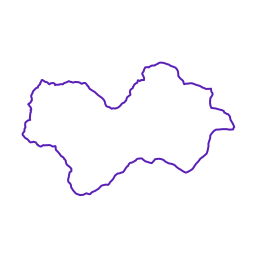 outline of Serthig, Samdrup Jongkhar, Bhutan, rotated 352°
{"feature_id": "84629894B58083807854661", "entity_name": "Serthig", "entity_type": "district", "adm_level": 2, "iso_a3": "BTN", "parent_name": "Bhutan", "parent_adm1": "Samdrup Jongkhar", "projection": "robinson", "projection_center": [91.922, 27.007], "detail": "fine", "context": "isolated", "style": "outline", "palette": "violet", "viewbox_px": 256, "rotation_deg": 352, "n_neighbors": 0, "source": "geoboundaries", "source_scale": "gbopen_adm2", "svg_char_len": 5697}
<svg xmlns="http://www.w3.org/2000/svg" viewBox="0 0 256 256"><g transform="rotate(352 128 128)"><path d="M231.8,144.0L232.4,142.9L233.3,141.8L232.9,139.8L232.2,137.7L231.4,136.0L231.2,135.2L230.7,134.3L230.6,133.2L230.5,130.8L229.2,128.4L228.0,127.9L227.4,127.5L226.4,126.6L225.5,126.1L225.2,124.6L223.6,123.4L221.5,122.6L219.8,121.9L217.9,121.0L215.9,120.4L213.4,119.7L213.1,119.1L213.0,118.1L212.8,117.5L212.7,115.1L213.0,112.7L213.9,109.6L215.1,108.4L216.3,106.9L216.5,106.0L216.4,105.1L215.8,104.1L215.6,103.1L215.6,100.7L210.8,100.2L208.5,98.8L207.3,98.2L205.0,96.3L201.6,94.8L198.4,93.0L197.4,92.6L196.4,92.4L193.4,92.4L191.5,92.2L189.8,92.4L189.4,91.5L189.4,90.6L189.0,88.8L186.5,86.0L185.8,84.6L185.1,83.7L185.4,79.7L185.2,78.2L184.5,76.5L184.0,75.8L183.5,74.9L181.1,73.5L178.9,72.4L177.3,70.9L175.2,70.0L173.4,69.0L172.0,68.4L169.8,67.8L167.9,67.8L166.2,68.6L162.6,69.8L160.4,69.5L158.5,70.1L157.4,70.5L157.2,70.8L156.7,70.8L156.0,70.5L155.5,70.4L153.6,70.4L153.3,70.6L152.0,72.5L151.3,74.2L151.1,74.4L150.2,75.2L149.8,75.8L149.7,76.2L149.7,76.9L150.0,77.4L150.1,78.0L150.2,78.3L150.5,79.1L150.9,80.8L150.7,81.6L150.5,82.2L150.5,82.6L149.8,82.7L148.6,82.4L147.7,82.3L147.1,82.8L146.4,83.0L146.0,83.0L145.6,82.8L145.2,82.4L144.8,82.2L144.5,82.2L144.2,82.6L143.5,84.4L143.1,84.6L142.2,84.8L141.7,85.0L141.2,85.5L140.8,85.6L140.3,85.9L139.8,86.6L139.4,87.3L138.9,87.8L138.7,87.9L138.6,88.4L138.5,88.8L138.2,89.1L137.6,89.5L136.7,89.9L135.8,90.6L135.1,91.8L134.9,92.4L134.9,93.0L135.0,93.7L135.0,95.4L134.5,95.8L133.4,96.3L131.6,97.4L131.3,97.6L130.7,98.6L130.3,99.9L129.9,100.6L129.0,101.1L128.1,102.1L126.9,102.5L126.0,102.7L125.2,103.2L124.1,104.3L122.7,105.4L121.3,106.2L119.7,106.7L118.4,106.9L117.7,106.9L116.2,106.4L114.5,106.6L113.5,105.7L112.3,104.6L111.5,104.4L110.4,103.9L109.6,103.3L108.9,101.2L108.6,98.5L108.3,97.4L107.6,96.2L107.0,95.3L106.1,94.2L104.4,92.7L102.8,91.1L100.0,87.6L99.1,87.0L98.1,86.1L97.3,85.5L96.5,84.7L95.6,84.1L95.4,83.4L94.9,82.8L94.7,82.1L94.6,81.5L94.5,81.1L94.1,80.9L93.7,80.5L93.4,79.9L93.0,78.9L92.4,78.1L92.0,77.6L90.9,77.3L89.8,77.3L88.7,77.8L88.1,77.7L87.0,76.8L86.6,76.3L86.1,76.2L85.0,75.6L84.2,75.6L83.5,75.3L82.3,75.1L81.4,75.1L80.2,75.4L79.2,75.1L78.4,74.5L77.4,74.3L76.0,73.4L73.8,74.1L71.8,74.5L70.6,74.8L69.7,75.6L69.4,75.6L69.0,75.4L68.1,75.3L66.8,75.3L66.2,75.4L64.3,75.4L63.8,75.3L62.5,75.1L62.0,75.3L61.8,75.3L61.6,74.2L61.4,73.8L60.7,73.3L59.9,73.0L57.5,73.0L56.7,73.5L56.2,73.7L55.9,73.5L55.3,72.9L54.9,72.1L54.0,71.3L53.3,71.0L52.6,70.9L51.9,70.3L51.3,69.7L50.6,69.1L49.6,68.5L49.1,68.7L48.8,69.4L48.4,70.0L47.2,71.4L47.2,72.1L47.0,72.5L46.4,72.9L45.6,73.3L44.9,74.1L44.5,74.9L44.3,75.4L43.2,75.5L42.8,75.6L41.9,76.2L40.7,77.1L40.0,77.7L39.2,78.4L38.9,78.9L38.6,79.3L38.3,80.2L37.3,81.4L37.0,82.0L36.5,82.8L36.6,83.8L36.8,85.0L36.9,85.7L36.6,86.7L36.7,87.2L35.8,88.0L35.4,88.8L35.0,89.2L34.6,89.5L34.0,89.7L33.0,90.2L32.6,90.7L33.1,91.3L33.5,92.5L34.1,93.5L34.6,94.2L34.7,95.0L34.8,96.1L34.0,96.6L34.0,97.3L34.2,97.7L34.1,98.6L33.6,99.2L33.3,100.1L33.0,101.1L32.8,102.1L32.4,103.7L32.2,104.4L32.2,106.3L30.8,106.5L29.7,106.7L28.8,107.3L27.9,107.8L27.3,108.2L26.9,109.0L26.7,110.1L26.5,111.2L26.5,113.1L25.5,114.3L24.9,116.9L24.2,117.6L23.6,118.1L23.0,118.8L22.7,119.8L23.0,120.7L23.7,121.6L24.4,123.0L25.3,124.0L26.1,124.5L27.0,125.3L27.8,126.5L28.3,127.2L28.3,127.5L28.8,128.1L29.6,128.7L30.4,128.6L31.6,128.7L32.5,128.4L34.7,129.5L34.9,129.8L35.3,130.5L35.6,131.5L36.0,132.0L36.5,132.2L36.8,132.9L38.5,134.0L39.2,134.2L39.9,133.9L40.4,133.9L41.0,133.4L42.0,133.2L42.4,133.4L43.0,133.6L43.9,133.6L44.8,133.6L45.9,133.9L46.7,133.8L48.1,134.1L48.7,134.3L49.6,134.9L50.6,135.7L51.2,135.9L52.7,135.9L53.4,135.8L53.7,136.2L53.6,138.0L53.5,139.4L54.0,140.3L54.6,140.8L55.3,142.0L55.6,142.4L56.0,143.1L56.6,143.9L57.5,145.9L57.9,146.5L58.4,147.0L59.2,147.4L59.7,147.9L60.3,148.9L60.3,149.5L61.1,150.3L61.3,150.7L61.8,151.9L61.7,153.1L61.8,154.1L62.2,155.4L62.5,156.0L63.5,157.0L63.8,157.5L64.4,157.8L64.7,158.2L65.8,159.8L66.1,160.1L66.2,160.6L66.1,161.1L66.0,162.2L66.0,162.7L65.6,163.0L64.6,163.4L64.0,164.1L63.6,164.7L63.5,165.4L63.1,166.4L62.8,167.3L62.5,168.5L62.2,169.1L61.9,169.6L61.7,170.3L61.5,170.8L61.4,172.6L61.6,173.2L62.5,174.4L62.9,174.7L63.1,175.4L63.4,176.0L63.5,176.7L63.5,178.9L63.9,179.7L64.9,182.0L65.6,183.1L66.2,184.0L66.7,184.9L67.7,185.9L68.5,186.4L69.7,186.9L70.8,187.7L71.4,187.8L72.6,187.8L73.7,187.9L74.3,188.0L75.0,187.8L76.3,187.2L77.7,186.9L78.8,187.4L80.0,188.0L80.6,188.2L81.2,188.2L82.3,187.5L82.6,187.0L84.5,186.2L85.4,186.1L86.6,185.7L89.6,184.4L90.6,183.9L93.4,181.6L94.5,181.3L96.0,181.1L97.7,181.0L99.0,181.1L99.7,181.4L100.4,181.5L100.9,181.2L101.7,180.5L102.6,179.3L105.8,176.8L107.3,175.0L108.5,173.3L110.0,172.4L111.2,171.7L113.3,171.7L115.4,171.2L117.0,171.0L117.5,170.6L119.4,168.5L120.6,167.0L121.8,166.0L122.8,165.5L123.1,165.0L123.7,164.0L124.9,163.0L125.5,162.8L126.6,162.8L127.7,162.6L128.8,162.2L130.0,161.6L131.1,161.3L131.9,160.4L132.6,160.0L133.6,159.8L136.6,159.9L137.4,160.1L137.8,160.4L138.7,161.6L139.4,162.2L140.1,163.0L140.8,163.5L144.2,165.1L145.4,165.7L146.2,166.0L146.7,166.0L147.8,165.1L148.7,164.4L149.5,163.7L150.3,162.8L151.0,162.7L153.4,162.7L154.6,162.8L155.4,163.1L156.5,163.4L158.6,164.5L160.4,166.5L163.0,168.4L164.6,169.1L166.6,169.7L169.1,171.3L170.6,173.3L172.2,174.9L173.5,176.0L174.2,176.4L175.8,178.0L178.1,179.7L179.2,180.2L180.8,179.9L182.7,179.2L184.6,178.4L186.4,177.4L190.2,173.1L193.2,170.7L195.3,168.5L198.8,166.6L202.3,164.3L203.7,161.5L205.2,157.2L205.4,154.9L206.8,151.7L207.8,149.9L208.5,146.8L210.3,144.9L212.6,142.9L214.9,141.9L218.6,142.2L221.4,142.3L225.4,142.8L228.4,143.8L231.8,144.0Z" fill="none" stroke="#5b21b6" stroke-width="2"/></g></svg>